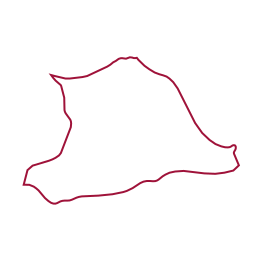 the border of Gia Lai, rotated 86°
{"feature_id": "VNM-478", "entity_name": "Gia Lai", "entity_type": "Province", "adm_level": 1, "iso_a3": "VNM", "parent_name": "Vietnam", "parent_adm1": "", "projection": "equal_earth", "projection_center": [108.233, 13.818], "detail": "fine", "context": "isolated", "style": "outline", "palette": "rose", "viewbox_px": 256, "rotation_deg": 86, "n_neighbors": 0, "source": "natural_earth", "source_scale": "10m", "svg_char_len": 1459}
<svg xmlns="http://www.w3.org/2000/svg" viewBox="0 0 256 256"><g transform="rotate(86 128 128)"><path d="M69.8,201.0L71.2,196.9L74.3,186.9L74.6,182.8L74.0,169.9L73.3,165.1L65.3,144.4L63.6,141.2L61.3,138.0L61.1,137.4L60.2,135.4L58.4,132.5L57.9,130.5L57.9,129.1L58.5,126.3L58.7,125.1L57.6,121.2L58.0,119.0L58.6,117.5L58.8,116.0L58.6,114.3L60.7,112.9L67.1,107.2L70.9,102.6L74.5,97.5L76.6,92.9L77.9,89.3L79.4,85.9L81.6,83.2L85.4,79.7L92.0,75.7L127.7,60.7L138.2,54.3L145.6,47.5L150.1,41.9L152.8,36.3L154.0,32.5L154.3,29.8L154.2,28.1L153.9,27.0L152.7,24.9L152.5,23.9L152.7,22.7L153.4,22.1L154.3,21.8L155.7,21.9L156.9,22.3L159.0,23.7L159.9,24.1L160.9,24.1L173.0,20.0L177.8,25.9L179.3,34.9L179.8,44.1L178.6,55.0L174.7,75.5L174.7,84.0L175.5,89.7L177.1,93.9L178.6,96.8L181.6,101.1L182.5,102.9L182.9,104.7L182.8,107.1L182.4,109.8L182.2,113.2L182.6,116.3L183.8,119.6L188.3,127.6L190.7,133.6L191.6,137.3L193.0,148.1L193.4,162.2L193.0,178.9L193.3,181.7L193.9,184.2L195.6,188.9L196.2,191.3L196.2,193.6L196.0,196.3L196.1,198.6L196.5,200.5L198.0,204.0L198.4,205.8L198.2,207.7L197.3,209.9L195.3,212.5L192.1,215.7L184.0,221.6L181.9,223.7L179.9,226.1L177.8,230.4L177.3,236.0L163.0,231.2L158.9,225.8L155.1,209.0L154.0,205.5L152.7,202.4L150.6,198.8L148.3,196.7L123.2,185.0L119.5,184.4L117.4,184.5L115.7,185.0L109.1,189.1L107.4,189.8L105.7,190.1L93.3,189.5L81.5,191.7L80.5,192.1L79.7,192.9L75.7,196.9L72.8,199.1L69.8,201.0Z" fill="none" stroke="#9f1239" stroke-width="2"/></g></svg>